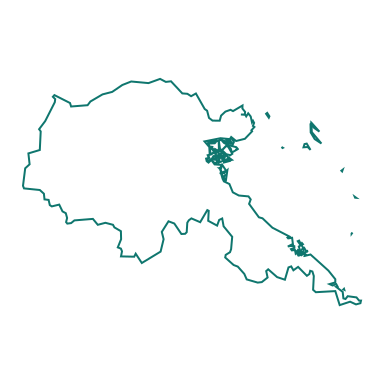 the district of Berau, Kalimantan Timur, Indonesia
{"feature_id": "22746128B34069275840087", "entity_name": "Berau", "entity_type": "district", "adm_level": 2, "iso_a3": "IDN", "parent_name": "Indonesia", "parent_adm1": "Kalimantan Timur", "projection": "natural_earth1", "projection_center": [118.307, 1.815], "detail": "fine", "context": "isolated", "style": "outline", "palette": "teal", "viewbox_px": 384, "rotation_deg": 0, "n_neighbors": 0, "source": "geoboundaries", "source_scale": "gbopen_adm2", "svg_char_len": 6094}
<svg xmlns="http://www.w3.org/2000/svg" viewBox="0 0 384 384"><path d="M242.5,105.5L233.0,111.1L230.5,109.8L225.4,111.6L221.1,115.6L219.7,120.7L212.5,120.6L209.0,117.9L207.1,110.7L204.7,109.0L195.9,93.5L191.1,96.2L187.4,93.8L182.3,93.4L171.0,81.3L165.8,81.9L160.1,78.9L148.5,83.1L131.2,81.5L122.3,85.0L112.2,91.9L102.5,94.4L90.4,101.5L87.6,105.2L71.1,106.5L70.0,103.0L54.4,95.1L52.9,96.8L55.2,99.1L54.8,102.2L45.2,121.1L39.1,129.2L40.7,131.4L39.8,150.0L28.4,153.4L29.6,164.3L25.2,168.3L23.0,185.8L24.0,188.4L39.8,190.0L43.9,193.7L44.5,199.4L48.6,199.9L49.8,205.1L51.8,206.4L59.2,204.6L62.5,211.4L65.8,213.2L67.1,218.0L66.1,222.1L67.3,223.6L71.1,223.1L74.4,220.4L92.9,218.9L97.8,224.8L105.4,222.8L113.0,224.8L114.4,227.4L120.9,231.2L121.1,239.2L117.8,247.4L120.9,248.6L122.0,251.3L121.0,256.4L134.2,256.7L135.7,253.7L141.8,263.0L160.6,251.6L163.6,239.2L161.8,231.9L168.5,221.3L174.3,223.5L181.4,234.0L185.1,233.8L186.7,232.2L187.3,222.7L188.8,220.3L191.4,218.4L200.2,222.2L207.3,210.1L208.7,210.8L208.2,220.8L217.1,225.6L219.2,219.9L222.2,218.5L223.6,226.3L232.2,236.8L231.1,249.2L230.0,252.2L225.7,254.9L225.2,257.5L233.6,265.0L237.8,266.6L244.3,273.9L246.7,279.4L257.7,282.6L261.8,282.1L267.6,277.5L266.2,271.1L268.2,269.3L277.1,277.1L284.9,279.7L288.5,267.4L291.2,266.4L293.4,270.3L298.1,266.9L306.9,275.8L309.4,274.0L310.2,270.8L312.4,271.5L313.8,276.0L313.1,289.8L315.8,292.2L335.3,291.1L339.7,305.1L350.1,301.7L356.0,304.4L360.4,303.2L361.0,300.6L359.1,300.6L356.5,297.4L347.7,296.2L345.5,299.0L343.4,298.4L342.7,291.9L336.2,286.9L337.6,286.6L336.3,284.2L332.6,285.5L329.5,284.1L335.3,282.4L335.3,279.2L328.4,270.6L310.5,254.5L304.8,255.9L304.2,253.1L301.4,255.3L300.0,254.8L301.7,253.1L300.5,252.0L298.7,253.1L299.0,255.5L298.4,255.6L297.4,254.0L299.1,250.5L298.0,250.0L297.5,251.8L295.7,253.6L294.9,250.0L291.9,250.4L291.0,249.1L294.4,247.9L294.3,246.2L292.8,246.1L294.1,245.4L287.8,246.5L292.9,244.0L292.1,237.8L288.2,238.4L287.5,237.6L289.4,236.5L272.4,227.7L262.5,218.3L258.9,217.3L249.1,203.9L250.7,199.4L248.5,196.4L238.8,195.5L232.8,192.3L229.4,184.0L223.9,181.4L222.6,178.8L221.5,175.0L221.7,173.4L220.7,173.6L220.5,173.4L221.0,171.0L220.4,170.3L220.2,169.0L219.5,168.6L219.4,168.4L219.5,168.0L219.7,167.8L221.0,168.0L220.9,166.8L221.5,164.9L214.6,164.4L211.3,160.0L208.5,162.6L206.7,161.2L206.1,158.6L208.8,157.9L207.7,155.2L209.7,154.7L209.3,147.0L204.5,141.4L220.5,138.2L229.8,139.1L231.2,137.0L236.1,141.0L244.9,138.8L252.1,131.3L251.4,130.3L254.4,127.0L252.9,125.9L254.1,122.9L253.0,120.8L252.0,122.4L250.7,116.5L248.2,113.3L246.2,116.4L245.3,114.8L240.9,114.5L244.8,114.5L245.1,111.9L242.4,108.5L242.5,105.5ZM227.6,144.9L223.8,142.8L222.0,140.7L221.8,139.6L218.8,140.7L220.1,149.4L222.2,149.9L226.3,145.6L228.3,146.4L230.7,148.4L231.9,152.5L237.5,149.3L237.1,148.9L235.9,149.8L235.5,149.9L237.5,148.6L236.3,147.2L227.6,144.9ZM218.9,149.4L218.7,141.4L216.4,140.8L215.7,142.3L214.7,143.3L208.2,143.6L209.9,146.8L210.4,154.1L215.1,151.8L214.5,149.8L214.0,150.6L213.2,150.7L211.8,148.5L211.8,149.1L211.3,149.7L212.6,146.0L212.1,148.4L213.6,150.4L215.4,149.2L217.2,150.5L218.9,149.4ZM231.9,159.9L222.6,153.0L219.9,153.9L221.4,155.3L221.5,155.8L221.5,156.2L221.2,157.0L220.5,157.9L219.2,158.5L219.4,159.5L218.8,162.6L223.7,160.4L223.8,159.1L221.3,158.9L223.4,158.3L222.8,157.7L222.5,156.0L223.1,155.5L222.8,157.5L223.5,158.3L222.8,158.7L223.9,158.5L223.2,157.0L223.5,156.3L223.4,157.1L224.7,156.4L224.9,156.7L224.1,160.7L226.1,161.3L226.2,159.9L226.6,159.8L227.1,160.4L226.9,159.7L227.3,158.7L228.0,158.3L228.6,158.4L228.9,160.6L231.9,159.9ZM216.1,156.0L214.6,152.4L211.0,154.5L208.1,155.2L209.2,157.6L208.7,158.5L207.2,159.1L208.3,161.7L211.2,158.9L214.2,162.9L218.3,162.3L218.6,160.6L217.1,161.4L216.9,160.9L216.9,159.7L216.6,159.2L215.4,159.7L214.9,158.6L214.6,159.3L214.2,159.4L212.8,158.2L212.7,157.4L213.4,156.1L216.1,156.0ZM230.3,155.2L232.3,153.8L228.2,146.8L226.2,146.0L222.1,150.3L226.3,154.2L230.3,155.2ZM221.9,152.8L221.7,151.3L218.1,150.9L217.2,152.6L215.7,152.8L216.1,156.1L213.5,156.1L212.8,158.1L214.3,159.3L214.8,158.4L216.7,159.1L217.0,159.7L217.1,161.2L218.8,160.4L219.2,158.3L221.3,155.3L220.3,155.1L220.1,155.8L219.9,156.0L219.6,156.0L218.9,155.8L218.5,155.2L217.8,155.3L218.0,156.8L217.7,157.7L217.4,158.0L217.0,158.2L216.6,158.0L216.4,157.6L217.6,157.8L217.6,155.5L218.0,155.1L218.6,155.1L219.3,155.9L220.1,155.7L218.8,154.3L218.8,153.1L219.7,154.4L219.8,153.9L219.9,153.7L221.9,152.8ZM225.8,181.2L227.4,170.1L223.9,173.3L220.7,172.4L221.9,173.3L222.3,176.8L223.1,176.9L224.3,175.8L224.6,175.8L222.9,178.5L223.7,179.3L223.7,178.4L224.4,177.4L224.0,179.8L225.0,180.7L225.0,179.7L225.5,179.1L225.8,181.2ZM299.1,240.6L297.8,241.2L300.7,245.4L298.8,246.5L299.9,250.0L303.2,252.6L306.5,251.8L304.5,248.4L303.6,249.9L303.5,248.2L302.4,248.8L303.1,247.6L301.4,245.0L302.9,244.2L301.9,243.0L300.9,244.3L299.1,240.6ZM319.4,131.6L311.4,122.7L310.5,124.1L310.7,132.5L314.7,139.1L321.4,143.5L311.8,132.1L311.4,123.7L314.1,127.9L319.4,131.6ZM226.2,170.8L222.2,164.8L221.1,168.1L219.4,168.2L220.2,168.8L221.0,170.2L221.5,172.1L223.8,173.1L223.4,172.5L223.4,171.9L226.2,170.8ZM228.4,141.8L222.1,140.5L224.1,142.7L228.7,143.8L228.4,141.8ZM232.8,144.4L233.9,142.0L231.0,137.6L229.8,140.0L232.8,144.4ZM306.7,143.6L304.5,144.1L303.5,147.3L307.7,147.0L310.5,149.9L306.7,143.6ZM207.4,142.7L215.8,141.1L212.4,140.6L207.4,142.7ZM228.6,158.8L226.0,161.5L223.9,160.9L224.0,162.5L229.3,161.1L228.3,160.2L228.6,158.8ZM267.2,112.9L266.1,113.8L268.8,117.7L269.4,116.3L267.2,112.9ZM216.6,152.4L217.3,151.0L214.6,149.7L215.2,151.6L216.6,152.4ZM229.6,140.3L227.0,140.1L230.2,143.0L229.6,140.3ZM297.2,251.7L295.5,250.6L296.2,252.6L297.2,251.7ZM341.4,170.7L342.1,171.4L342.7,169.7L341.4,170.7ZM282.9,147.8L281.6,147.0L282.5,148.0L282.9,147.8ZM355.1,197.7L356.2,197.8L354.7,196.7L355.1,197.7ZM307.0,250.9L306.8,251.5L308.0,250.8L307.0,250.9ZM344.3,289.8L344.0,288.8L343.4,289.4L344.3,289.8ZM306.1,254.7L305.4,254.3L305.0,255.2L306.1,254.7ZM228.3,144.8L227.7,144.2L227.3,144.6L228.3,144.8ZM351.6,233.8L352.5,232.6L351.6,233.5L351.6,233.8Z" fill="none" stroke="#0f766e" stroke-width="2"/></svg>